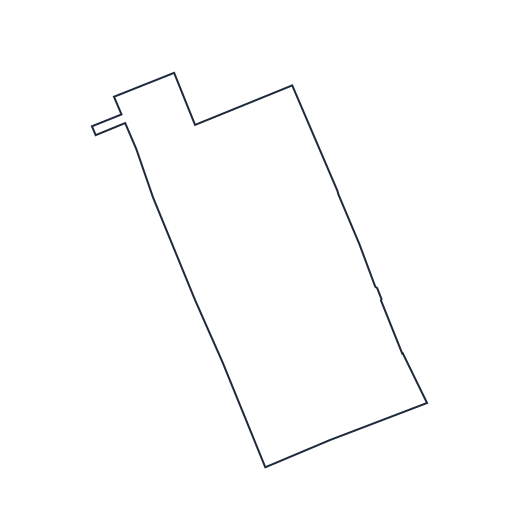 outline of St. Francis, Arkansas, United States of America, rotated 67°
{"feature_id": "52423323B70902388420636", "entity_name": "St. Francis", "entity_type": "district", "adm_level": 2, "iso_a3": "USA", "parent_name": "United States of America", "parent_adm1": "Arkansas", "projection": "equal_earth", "projection_center": [-90.808, 35.008], "detail": "fine", "context": "isolated", "style": "outline", "palette": "slate", "viewbox_px": 512, "rotation_deg": 67, "n_neighbors": 0, "source": "geoboundaries", "source_scale": "gbopen_adm2", "svg_char_len": 471}
<svg xmlns="http://www.w3.org/2000/svg" viewBox="0 0 512 512"><g transform="rotate(67 256 256)"><path d="M113.1,156.0L111.5,260.9L55.4,259.8L53.9,324.5L73.1,324.5L72.5,356.3L82.1,356.4L82.5,324.5L110.9,324.4L161.8,327.9L272.0,329.3L301.2,328.9L340.4,328.3L454.1,330.0L454.3,259.8L458.1,156.0L403.0,158.9L403.0,159.5L345.6,158.3L344.7,157.3L332.9,157.0L330.8,158.2L285.6,156.2L231.6,156.1L227.8,155.6L113.1,156.0Z" fill="none" stroke="#1e293b" stroke-width="2"/></g></svg>